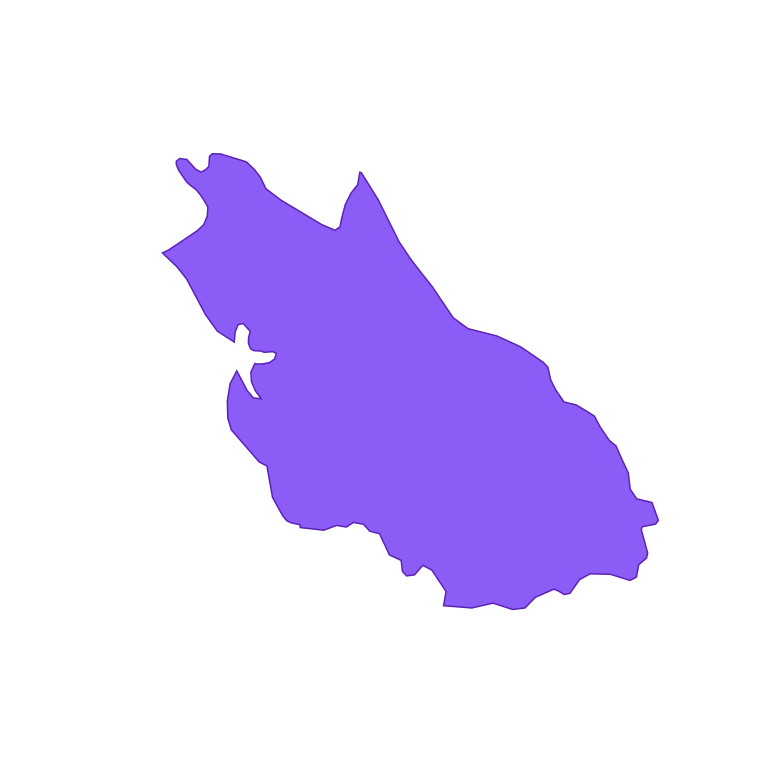 outline of Carmarthenshire, rotated 56°
{"feature_id": "GBR-2104", "entity_name": "Carmarthenshire", "entity_type": "Unitary Authority (wales)", "adm_level": 1, "iso_a3": "GBR", "parent_name": "United Kingdom", "parent_adm1": "", "projection": "natural_earth1", "projection_center": [-4.236, 51.894], "detail": "fine", "context": "isolated", "style": "filled", "palette": "violet", "viewbox_px": 768, "rotation_deg": 56, "n_neighbors": 0, "source": "natural_earth", "source_scale": "10m", "svg_char_len": 1938}
<svg xmlns="http://www.w3.org/2000/svg" viewBox="0 0 768 768"><g transform="rotate(56 384 384)"><path d="M456.2,533.7L453.6,532.4L447.3,538.5L442.9,541.1L436.8,541.7L415.6,539.8L386.5,526.9L378.8,531.1L336.6,536.2L325.0,532.6L310.5,523.4L297.6,511.3L290.8,498.7L312.8,501.1L322.5,500.1L327.6,494.0L317.8,494.5L308.0,492.6L299.7,487.7L294.8,479.6L296.4,478.1L299.5,473.3L302.2,467.0L302.1,460.8L298.4,456.1L294.9,458.2L290.8,465.5L287.7,467.8L283.4,473.4L280.1,474.9L274.7,473.8L270.1,470.6L265.5,465.5L255.1,466.9L253.2,471.7L257.5,478.2L265.5,484.7L247.1,492.6L226.7,493.2L186.3,488.9L170.6,490.2L151.4,494.4L151.6,493.6L152.4,487.6L152.5,476.1L152.5,463.3L152.5,453.0L151.1,444.4L145.9,436.5L138.8,431.1L131.7,430.5L124.1,430.5L117.9,431.1L110.8,433.5L106.0,434.7L98.9,434.7L91.8,434.7L86.1,433.5L83.2,431.7L82.8,427.4L87.5,421.9L100.4,420.1L106.1,417.1L106.5,411.6L105.6,407.4L97.6,401.3L97.1,397.6L101.8,390.9L122.8,373.9L133.7,371.5L143.7,370.9L156.0,372.7L174.0,366.6L216.8,346.6L229.1,338.7L229.1,332.6L223.0,326.5L213.5,315.6L207.3,304.6L204.0,294.3L194.9,285.6L196.2,284.6L228.1,285.8L274.7,292.0L297.0,292.0L314.4,290.8L329.9,289.6L348.3,289.6L367.7,289.6L385.1,283.4L407.4,263.5L429.7,249.9L454.9,239.9L461.6,238.7L474.2,243.6L484.9,244.9L499.4,244.9L509.1,236.2L522.6,230.0L528.4,227.5L540.1,228.8L546.8,228.8L556.5,228.8L565.2,226.3L578.8,228.8L594.3,231.2L608.9,238.7L620.5,238.7L632.1,228.1L650.5,232.8L652.0,237.2L646.8,249.6L648.5,252.1L671.5,259.9L675.1,263.7L676.2,273.8L685.2,282.7L684.4,289.9L668.4,302.7L656.7,319.1L655.5,331.1L661.5,346.9L659.4,352.2L653.5,355.0L649.1,357.8L645.5,377.7L648.5,392.4L642.9,403.4L626.6,416.2L618.8,436.4L601.1,458.6L590.7,448.6L565.1,448.4L556.0,453.3L559.3,465.5L555.7,472.6L549.6,473.5L539.8,468.4L529.8,474.5L528.8,475.1L505.7,471.4L498.1,478.1L488.8,479.4L481.6,486.9L481.6,495.1L474.8,502.3L471.5,515.7L456.2,533.7Z" fill="#8b5cf6" stroke="#5b21b6" stroke-width="1.5"/></g></svg>